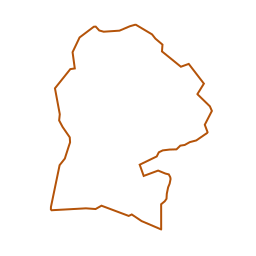 outline of Nsit Atai, Akwa Ibom, Nigeria, rotated 174°
{"feature_id": "59680162B33769534671223", "entity_name": "Nsit Atai", "entity_type": "district", "adm_level": 2, "iso_a3": "NGA", "parent_name": "Nigeria", "parent_adm1": "Akwa Ibom", "projection": "mercator", "projection_center": [8.032, 4.828], "detail": "fine", "context": "isolated", "style": "outline", "palette": "amber", "viewbox_px": 256, "rotation_deg": 174, "n_neighbors": 0, "source": "geoboundaries", "source_scale": "gbopen_adm2", "svg_char_len": 972}
<svg xmlns="http://www.w3.org/2000/svg" viewBox="0 0 256 256"><g transform="rotate(174 128 128)"><path d="M149.5,232.2L151.4,232.3L166.7,223.1L175.2,209.2L174.7,192.8L179.2,192.6L196.5,175.1L194.4,148.8L195.7,142.7L192.9,135.8L186.9,124.8L187.1,119.9L187.4,119.1L188.6,116.5L192.8,107.0L194.0,104.2L199.9,98.2L212.9,57.5L213.2,55.1L212.6,54.2L178.2,52.5L168.7,50.8L162.5,53.5L145.7,45.1L136.5,40.5L133.3,41.6L124.2,34.0L105.7,23.7L105.6,23.8L103.0,48.7L99.1,51.3L97.1,53.6L96.3,58.5L94.3,64.8L92.4,68.3L91.0,72.8L91.1,74.6L92.3,77.6L95.6,78.8L102.5,82.5L117.4,78.7L120.2,90.3L102.4,96.7L99.9,100.6L95.8,102.1L88.9,102.2L82.0,101.7L77.8,105.0L73.4,105.2L68.0,107.5L61.4,108.5L49.8,114.8L49.3,115.5L51.3,123.2L42.8,136.2L44.3,141.0L55.4,154.3L55.4,154.5L47.9,164.2L60.9,185.4L69.0,183.4L86.2,200.6L85.0,207.3L91.4,214.0L94.3,218.6L109.3,229.8L110.4,229.9L115.5,229.0L126.3,225.7L142.1,226.3L146.4,228.0L149.5,232.2Z" fill="none" stroke="#b45309" stroke-width="2"/></g></svg>